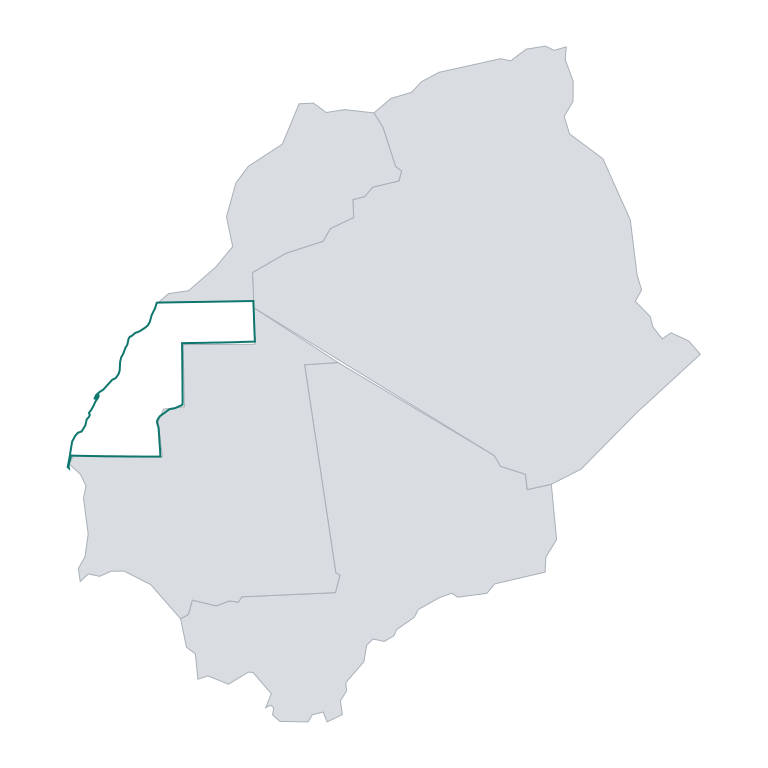 Western Sahara and the surrounding countries
{"feature_id": "ESH", "entity_name": "Western Sahara", "entity_type": "country or territory", "adm_level": 0, "iso_a3": "ESH", "parent_name": "Africa", "parent_adm1": "", "projection": "orthographic", "projection_center": [-13.3, 24.236], "detail": "fine", "context": "with_neighbors", "style": "outline", "palette": "teal", "viewbox_px": 768, "rotation_deg": 0, "n_neighbors": 4, "source": "natural_earth", "source_scale": "50m", "svg_char_len": 3976}
<svg xmlns="http://www.w3.org/2000/svg" viewBox="0 0 768 768"><path d="M197.9,679.2L195.4,653.9L186.5,647.3L180.6,618.8L188.5,614.3L192.3,600.1L216.2,605.9L229.3,600.9L238.4,602.2L241.8,596.8L335.4,592.6L339.9,575.4L335.8,572.7L304.6,364.8L338.0,362.5L494.3,455.6L500.6,466.3L525.5,474.3L527.2,489.6L551.3,484.2L556.6,539.6L545.8,557.1L545.1,572.1L494.7,583.9L486.9,593.3L457.7,597.2L451.7,593.2L439.3,597.7L418.3,609.5L414.2,617.4L396.7,629.5L393.8,635.8L384.3,641.4L372.9,639.0L366.7,645.2L363.8,661.8L345.8,682.6L346.6,690.6L340.4,701.0L342.3,714.6L327.1,721.9L323.2,712.0L312.3,714.8L308.1,721.9L280.0,721.4L272.6,714.9L273.7,707.8L270.7,705.2L265.7,707.7L271.3,693.7L253.1,672.5L248.3,672.1L228.6,684.2L207.8,675.9L197.9,679.2Z" fill="#d9dde1" stroke="#a8b0b8" stroke-width="1"/><path d="M68.6,463.5L73.8,455.6L162.4,456.7L158.1,421.6L163.5,409.1L184.4,406.8L183.1,344.6L254.8,344.3L253.6,307.6L338.0,362.5L304.6,364.8L335.8,572.7L339.9,575.4L335.4,592.6L241.8,596.8L238.4,602.2L229.3,600.9L216.2,605.9L192.3,600.1L188.5,614.3L180.6,618.8L150.8,584.7L124.2,571.1L111.2,571.2L99.8,576.3L88.3,574.0L80.2,581.5L78.3,568.5L85.0,556.8L88.2,534.1L83.5,498.0L86.0,486.0L80.4,474.3L68.6,463.5Z" fill="#d9dde1" stroke="#a8b0b8" stroke-width="1"/><path d="M253.6,307.6L252.5,272.5L285.8,253.3L323.2,241.2L330.3,228.6L353.6,217.5L352.9,199.6L364.5,196.7L372.9,187.1L398.9,180.9L401.5,171.2L395.6,166.6L383.0,127.6L373.9,112.9L391.0,98.4L411.3,92.4L422.0,81.4L439.1,72.3L500.7,58.7L510.7,60.9L526.1,49.2L545.5,46.1L554.1,50.4L566.2,46.9L565.2,59.5L573.2,81.4L573.0,101.4L564.2,116.4L569.5,133.9L603.0,158.9L630.3,220.0L637.1,275.2L641.6,289.9L635.3,301.3L650.3,316.7L652.8,326.8L662.2,338.9L671.0,332.8L688.8,341.0L700.3,354.3L636.8,412.6L580.9,469.3L551.3,484.2L527.2,489.6L525.5,474.3L500.6,466.3L494.3,455.6L253.6,307.6Z" fill="#d9dde1" stroke="#a8b0b8" stroke-width="1"/><path d="M168.6,293.6L188.6,290.7L215.6,267.2L232.7,246.6L226.5,216.7L235.9,183.0L248.4,166.3L282.4,144.1L299.1,103.8L313.5,103.1L326.2,112.5L344.6,109.6L373.9,112.9L383.0,127.6L395.6,166.6L401.5,171.2L398.9,180.9L372.9,187.1L364.5,196.7L352.9,199.6L353.6,217.5L330.3,228.6L323.2,241.2L285.8,253.3L252.5,272.5L253.7,301.0L158.2,302.6L168.6,293.6Z" fill="#d9dde1" stroke="#a8b0b8" stroke-width="1"/><path d="M253.7,310.2L253.9,314.3L254.0,319.1L254.2,323.9L254.4,329.4L254.6,334.8L254.8,338.8L254.9,341.6L250.4,341.7L246.4,341.8L242.3,341.9L238.2,342.1L234.2,342.2L230.1,342.3L226.0,342.4L222.0,342.5L217.9,342.6L213.8,342.6L209.8,342.7L205.7,342.8L201.6,342.9L197.6,342.9L193.5,343.0L189.4,343.0L185.3,343.1L182.1,343.1L182.1,346.0L182.1,349.3L182.2,352.6L182.2,355.9L182.2,359.2L182.3,362.5L182.3,365.9L182.3,369.2L182.4,372.5L182.4,375.8L182.4,379.1L182.5,382.4L182.5,385.7L182.5,389.0L182.5,392.3L182.6,395.7L182.6,399.0L182.6,401.9L182.5,404.6L181.2,405.4L178.0,406.8L174.7,408.3L170.6,409.0L169.2,409.4L166.5,411.4L163.1,413.9L160.0,416.1L158.0,418.9L157.3,420.4L157.0,422.1L157.3,423.6L158.3,426.7L158.6,428.3L158.8,431.1L159.0,434.0L159.2,437.3L159.4,440.5L159.6,443.9L159.9,447.3L160.1,450.8L160.2,453.3L160.4,456.6L157.0,456.6L151.8,456.6L146.6,456.6L141.4,456.6L136.2,456.5L131.0,456.5L125.9,456.5L120.7,456.4L115.5,456.4L110.3,456.3L105.1,456.3L99.9,456.2L94.7,456.1L89.5,456.0L84.3,455.9L79.1,455.8L74.0,455.7L71.1,455.6L70.0,460.1L69.1,463.3L68.6,466.0L68.9,468.2L67.7,467.0L70.1,454.4L70.2,453.3L72.1,441.7L75.4,435.5L77.9,432.8L81.7,431.4L85.4,425.2L86.7,419.4L89.1,416.7L89.8,414.6L88.9,413.0L91.2,409.9L93.9,405.1L95.1,402.1L98.3,397.3L98.6,396.3L98.4,395.1L97.2,396.1L95.9,397.8L94.3,399.2L95.0,397.5L96.2,395.0L99.0,392.4L103.3,389.6L112.2,379.8L115.6,378.2L118.6,374.0L119.7,370.4L120.1,361.9L121.2,357.4L123.1,354.0L125.5,347.6L127.3,344.8L128.5,339.0L129.7,336.9L131.9,335.8L135.1,333.0L139.8,331.2L145.4,327.5L148.0,325.2L149.8,321.9L151.6,315.3L155.0,308.3L156.7,303.0L156.7,302.9L157.0,302.6L253.4,301.0L253.5,305.3L253.7,310.2Z" fill="none" stroke="#0f766e" stroke-width="2"/></svg>